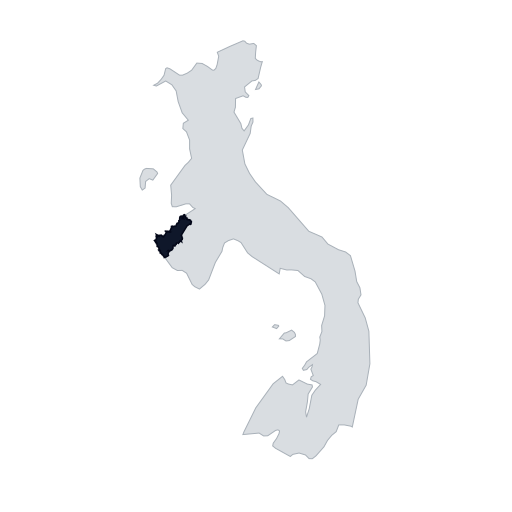 Mariato, Veraguas, Panama shown in context, rotated 66°
{"feature_id": "35544464B44926155348372", "entity_name": "Mariato", "entity_type": "district", "adm_level": 2, "iso_a3": "PAN", "parent_name": "Panama", "parent_adm1": "Veraguas", "projection": "mercator", "projection_center": [-80.871, 7.491], "detail": "fine", "context": "in_parent", "style": "filled", "palette": "ink", "viewbox_px": 512, "rotation_deg": 66, "n_neighbors": 0, "source": "geoboundaries", "source_scale": "gbopen_adm2", "svg_char_len": 8404}
<svg xmlns="http://www.w3.org/2000/svg" viewBox="0 0 512 512"><g transform="rotate(66 256 256)"><path d="M451.4,237.6L450.1,238.5L446.1,244.2L444.0,249.1L449.1,254.2L450.6,259.7L453.5,265.6L458.0,271.6L463.0,282.6L464.1,287.0L462.7,289.9L457.9,291.7L453.5,296.8L452.2,303.1L453.1,306.2L439.7,316.3L436.3,318.0L434.0,316.4L431.1,311.4L427.7,307.3L425.9,305.9L424.8,305.8L423.7,306.8L423.3,309.0L425.0,318.4L423.5,322.2L419.0,325.2L413.8,340.6L411.8,338.6L394.6,317.9L379.7,292.3L376.7,280.7L380.5,280.0L384.2,280.2L386.2,278.4L388.6,275.1L386.7,267.2L393.9,261.2L396.6,257.2L398.6,257.7L403.3,264.5L410.2,268.4L418.6,274.1L423.8,275.4L417.2,269.5L405.9,261.6L402.7,256.4L399.6,249.2L395.2,252.3L393.1,254.9L390.8,256.4L388.8,254.7L388.5,252.3L381.7,251.9L380.0,249.8L378.2,248.6L379.1,253.1L380.4,255.8L379.7,259.2L377.5,259.4L375.6,256.0L373.2,252.8L370.0,239.7L362.4,233.6L358.9,231.5L356.0,230.7L351.8,226.5L346.2,224.3L338.6,217.7L329.2,213.1L317.7,211.4L303.8,212.4L299.2,215.0L296.0,218.3L294.5,219.9L286.3,223.6L283.2,229.1L281.2,233.7L277.1,238.9L281.8,242.1L255.0,259.8L249.7,262.4L237.7,264.2L234.9,266.1L231.2,269.6L230.7,275.0L231.3,279.5L234.8,283.0L237.9,285.2L245.3,295.7L258.6,309.0L261.1,313.9L263.2,321.1L259.2,324.4L256.1,325.9L243.5,326.4L239.1,329.3L237.3,333.7L232.6,337.3L216.4,340.8L203.6,341.2L199.6,337.1L198.7,325.6L190.1,305.9L188.0,292.3L185.9,294.0L181.3,295.5L179.8,298.9L178.6,308.9L176.9,312.4L173.4,312.0L166.2,308.4L156.6,305.1L144.3,283.9L143.0,279.9L140.6,275.1L131.2,273.1L123.1,269.5L114.3,269.0L109.8,271.0L105.2,268.4L104.4,262.6L95.2,265.2L83.3,264.3L72.7,261.8L65.4,263.2L59.4,267.3L60.2,277.9L58.4,280.0L58.1,275.6L56.0,270.7L53.5,266.5L48.1,262.3L47.9,260.7L50.0,258.5L59.7,252.3L60.9,249.7L61.0,244.4L60.1,239.2L55.7,231.6L58.2,226.9L63.2,223.2L68.4,220.2L69.2,218.9L68.3,216.4L65.3,213.6L58.3,208.8L54.1,208.5L53.9,194.9L54.1,180.4L55.2,178.9L57.7,178.1L59.8,175.9L60.9,171.6L64.0,170.1L69.6,173.4L75.2,176.3L77.6,175.3L79.3,173.9L80.6,172.5L81.0,171.2L85.5,175.0L94.7,181.9L95.3,185.2L94.4,188.5L96.9,197.7L101.7,199.1L106.6,197.3L107.8,199.0L106.9,200.7L104.4,202.6L103.8,210.6L111.7,214.3L115.6,217.6L128.8,216.0L133.6,216.9L136.9,216.0L133.2,209.6L128.3,204.8L128.7,202.7L132.4,204.3L135.3,207.5L141.7,211.5L153.6,225.4L167.3,228.7L178.0,228.3L188.1,226.4L204.1,221.0L215.7,211.3L224.9,206.9L254.9,197.7L265.5,188.0L270.0,186.7L274.3,185.5L283.7,178.2L288.8,172.5L294.1,169.6L310.0,171.7L320.3,174.4L327.3,174.0L334.2,175.9L337.1,180.1L340.2,181.9L357.0,181.4L370.7,183.5L400.8,195.8L418.8,207.9L428.4,220.9L451.4,237.6ZM149.5,333.1L145.6,333.5L137.6,330.4L131.8,324.4L131.3,322.5L131.4,320.5L134.6,314.4L138.9,312.3L140.6,312.3L144.7,319.4L141.9,322.1L143.0,326.5L148.8,329.7L149.5,333.1ZM342.6,265.3L341.2,268.3L337.9,261.5L338.4,259.8L338.2,253.6L341.4,252.0L343.7,251.9L345.6,252.7L346.8,260.0L345.8,263.2L342.6,265.3ZM104.5,185.3L103.7,188.7L98.2,182.6L101.5,181.6L102.7,181.8L104.5,185.3ZM330.7,266.7L327.5,269.9L326.3,266.9L328.5,263.7L329.3,263.7L330.7,266.7Z" fill="#d9dde1" stroke="#a8b0b8" stroke-width="1"/><path d="M198.0,301.0L197.5,301.4L197.2,301.5L197.0,301.4L196.6,301.3L196.1,301.8L195.9,301.9L195.7,302.2L195.9,302.3L195.6,302.6L195.4,303.0L195.3,302.9L195.2,303.0L195.3,303.3L194.8,303.8L194.6,303.8L194.6,304.0L194.4,304.0L193.9,303.7L193.6,303.8L193.6,304.1L193.8,304.0L193.7,304.2L193.8,304.4L193.1,304.5L193.0,304.3L192.9,304.6L192.5,304.6L192.3,304.4L192.1,304.5L191.6,304.6L191.4,304.4L191.4,304.7L191.6,304.9L191.2,304.9L191.4,305.1L191.2,305.0L191.1,304.8L190.7,304.7L190.3,304.5L189.7,304.5L189.2,304.4L189.0,304.8L189.2,305.6L189.6,305.7L189.7,305.4L189.7,305.5L190.0,305.2L190.0,305.3L190.4,305.5L190.0,305.3L189.5,305.9L189.7,306.4L190.3,306.9L190.5,307.0L190.9,306.7L191.7,306.7L192.1,307.0L192.4,306.9L192.6,306.9L192.5,307.0L192.6,307.3L192.8,307.3L193.0,307.3L192.6,307.3L192.4,307.1L192.1,307.1L192.1,307.4L192.6,307.6L192.2,307.6L192.0,307.4L191.9,307.0L191.5,307.0L191.5,307.8L191.6,308.1L191.9,308.4L192.3,308.2L192.6,308.3L192.2,308.3L191.9,308.5L191.5,308.0L191.3,307.0L190.6,307.1L190.3,307.3L190.3,307.6L190.2,307.8L190.3,307.8L190.2,307.8L190.3,307.6L190.2,307.3L190.0,307.2L189.8,307.5L189.6,307.8L189.7,308.1L189.6,308.3L189.8,308.6L189.7,309.0L189.7,308.6L189.5,308.2L189.2,308.0L189.0,308.8L189.1,309.3L190.1,310.2L192.2,311.2L192.3,312.1L193.2,312.4L193.2,312.2L193.7,312.0L193.3,312.2L193.3,312.5L193.6,312.6L193.8,312.4L194.0,312.5L194.1,312.4L194.0,312.6L193.8,312.5L193.7,312.7L193.9,313.0L194.2,313.1L194.4,313.3L194.1,313.1L194.4,313.8L194.3,314.2L194.0,314.6L194.1,314.9L194.6,315.4L195.0,315.6L196.2,317.2L196.7,317.4L196.2,317.3L196.1,317.2L196.1,317.9L195.7,318.3L195.5,318.6L195.6,319.6L195.5,320.0L194.9,320.0L194.9,320.4L194.7,320.4L194.5,321.1L194.9,321.3L195.0,321.5L196.2,321.9L196.0,321.7L196.3,321.9L196.3,322.0L196.4,322.4L196.7,322.4L196.9,322.7L197.0,322.6L196.9,322.8L196.7,322.7L196.7,322.8L196.8,323.0L197.6,323.8L198.3,324.8L198.5,325.3L198.4,325.7L198.6,325.4L198.5,325.1L198.5,324.9L198.4,324.6L198.7,325.0L198.6,325.3L199.0,325.2L199.2,324.9L199.2,325.0L199.2,325.3L199.5,325.3L199.2,325.3L199.1,325.0L198.7,325.3L198.6,325.5L198.8,325.5L198.7,325.5L198.4,325.9L198.5,326.2L198.7,326.3L198.4,326.2L198.4,325.8L198.1,325.7L198.1,326.0L197.9,326.0L197.9,326.3L197.8,326.5L197.5,326.5L197.4,326.6L197.5,326.8L197.4,327.2L197.5,327.3L197.7,327.8L197.9,327.5L197.8,327.4L198.0,327.3L198.3,327.2L198.0,327.3L198.0,327.6L197.8,327.7L197.6,328.3L197.8,328.3L198.4,328.9L199.6,330.3L199.6,330.2L200.0,330.0L199.7,330.3L199.9,331.0L200.1,331.1L200.1,331.6L200.4,332.4L200.4,333.0L200.5,333.0L200.4,333.1L200.3,333.4L199.8,333.3L199.6,333.5L199.2,334.0L198.5,333.9L198.4,334.2L198.5,334.3L198.2,334.6L198.3,334.9L198.0,335.2L197.8,335.8L198.1,336.3L198.3,336.1L198.5,336.2L198.6,336.3L198.9,336.2L199.0,336.0L198.9,336.2L198.9,336.3L198.7,336.3L198.4,336.2L198.1,336.4L198.1,336.6L197.9,336.8L198.2,337.1L198.1,337.5L197.5,337.5L197.4,337.9L197.2,338.0L196.8,338.6L197.4,338.7L197.2,339.1L197.3,339.2L197.6,339.1L197.9,339.2L197.9,339.3L198.0,339.4L198.7,339.1L198.7,339.3L199.2,339.5L199.3,339.8L199.9,339.9L199.9,340.3L200.1,340.5L200.6,340.9L200.7,341.1L200.4,341.8L200.6,342.2L200.6,342.3L201.1,342.0L201.3,342.3L201.8,342.3L202.1,341.8L202.3,342.1L202.7,342.1L202.9,341.9L202.8,341.6L203.4,341.4L203.5,341.9L204.2,342.0L204.3,341.9L204.3,341.7L204.5,341.8L204.8,341.5L205.5,341.8L206.3,341.9L206.5,342.2L206.9,342.4L207.2,342.1L207.4,342.0L207.5,342.1L208.0,341.6L208.4,341.4L208.8,341.4L209.5,341.6L210.2,341.6L210.3,341.9L210.6,341.5L210.8,341.5L211.6,341.7L211.6,341.9L211.8,341.7L211.9,342.0L212.1,341.7L212.5,341.8L212.4,341.7L212.5,341.6L212.6,341.8L213.0,342.0L213.6,341.8L213.9,341.9L213.8,341.6L214.1,341.6L214.4,341.5L214.5,341.6L214.9,341.6L215.0,341.7L215.4,341.5L215.5,341.5L215.5,341.3L216.0,341.3L216.1,341.1L216.3,340.9L216.9,340.7L217.0,340.9L217.2,340.7L217.4,340.7L217.7,340.5L217.9,340.6L218.0,340.4L218.4,340.3L219.2,340.4L219.6,340.2L220.1,340.4L220.3,339.5L220.1,339.2L220.2,338.8L220.1,338.4L220.3,338.2L220.1,337.9L220.2,336.9L219.9,335.7L219.6,335.6L218.9,335.7L218.6,335.6L218.3,335.3L217.6,335.1L217.3,334.6L216.9,334.2L216.8,333.7L216.1,333.3L215.6,333.5L215.4,333.8L215.3,334.2L215.2,333.9L215.4,333.6L216.3,332.7L216.2,332.5L216.4,331.9L216.0,331.1L216.3,330.8L216.2,330.2L215.6,329.4L215.5,329.0L215.2,328.7L214.9,328.6L214.7,328.6L214.5,328.4L214.2,328.5L213.8,328.0L213.0,327.7L212.6,327.2L213.0,326.7L213.7,326.3L213.9,326.1L213.2,325.5L213.3,325.2L213.0,324.7L212.9,324.2L212.6,324.1L212.5,323.9L211.9,323.6L211.8,323.3L211.9,322.7L212.2,322.6L212.5,321.9L212.9,321.7L212.5,321.1L212.4,320.6L212.1,320.4L211.8,320.3L211.9,319.6L211.4,319.3L212.0,318.8L212.1,318.5L212.6,318.2L211.6,318.1L211.0,317.8L210.9,317.4L211.0,317.0L210.8,316.9L210.8,316.6L209.9,316.0L209.6,315.9L209.1,316.2L208.8,316.0L208.6,316.1L208.2,315.8L207.8,316.0L207.4,315.7L206.8,315.9L206.7,315.6L206.3,315.3L200.4,306.7L199.8,303.2L200.5,303.0L200.5,302.6L200.0,302.1L199.2,301.9L199.0,301.4L198.6,301.3L198.4,301.2L198.2,301.3L198.0,301.0ZM196.2,338.1L196.3,337.9L195.9,338.2L196.0,338.2L195.8,338.4L196.2,338.1ZM197.5,328.2L197.3,328.2L197.2,328.3L197.3,328.3L197.5,328.2ZM196.5,338.0L196.5,337.7L196.3,337.9L196.5,338.0ZM196.7,328.5L196.5,328.4L196.5,328.6L196.7,328.5ZM197.0,328.2L196.9,328.1L197.0,328.2Z" fill="#0f172a" stroke="#020617" stroke-width="1.5"/></g></svg>